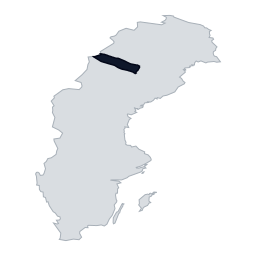 Sorsele, Västerbotten, Sweden shown in context
{"feature_id": "70781695B2170511041252", "entity_name": "Sorsele", "entity_type": "district", "adm_level": 2, "iso_a3": "SWE", "parent_name": "Sweden", "parent_adm1": "Västerbotten", "projection": "equal_earth", "projection_center": [16.78, 65.694], "detail": "fine", "context": "in_parent", "style": "filled", "palette": "ink", "viewbox_px": 256, "rotation_deg": 0, "n_neighbors": 0, "source": "geoboundaries", "source_scale": "gbopen_adm2", "svg_char_len": 4925}
<svg xmlns="http://www.w3.org/2000/svg" viewBox="0 0 256 256"><path d="M39.2,173.1L40.3,175.4L42.9,175.1L44.0,173.5L45.5,168.7L44.0,163.4L46.3,161.5L47.8,158.6L51.3,157.8L56.1,154.4L56.7,151.0L57.8,148.5L54.1,140.9L53.9,139.0L59.9,138.1L62.6,133.1L58.6,129.9L52.4,126.9L54.9,117.5L52.4,112.5L52.8,110.4L52.5,107.1L54.1,105.8L51.2,101.1L54.4,97.9L53.9,96.2L62.8,89.8L68.7,88.6L79.2,89.6L81.8,87.0L82.0,85.7L81.1,82.5L75.2,80.6L81.8,75.0L87.0,69.5L88.0,64.3L89.3,62.0L88.1,57.0L94.9,56.4L101.1,54.3L100.3,51.6L113.7,43.3L114.1,41.9L113.1,40.5L110.0,37.9L110.9,36.8L114.4,36.1L116.2,35.0L118.9,31.2L126.1,28.3L134.1,30.3L137.6,26.9L137.3,22.4L140.2,21.9L161.6,24.8L165.1,23.1L161.5,22.2L165.0,20.4L166.0,19.2L166.4,17.9L166.2,17.2L163.2,15.6L169.9,15.4L173.6,16.1L173.9,17.1L188.6,22.5L200.2,24.6L203.6,26.1L204.8,27.8L206.6,27.9L208.8,29.5L211.1,30.4L209.4,31.5L209.5,34.1L210.1,35.2L209.1,37.5L212.9,38.0L213.6,39.3L211.7,40.7L212.0,42.2L217.0,46.9L215.8,48.4L215.6,50.3L213.4,51.7L213.2,53.2L213.7,55.1L214.4,56.1L216.6,56.7L220.4,61.8L216.7,62.2L214.0,61.5L207.5,62.1L205.9,62.9L200.9,60.9L198.1,62.0L196.2,61.0L194.7,62.7L194.4,65.0L192.0,64.8L192.9,65.7L189.8,66.0L189.6,66.4L190.3,66.9L189.3,67.6L185.0,67.9L184.4,68.6L185.7,69.5L185.7,70.1L182.9,69.3L184.9,71.0L185.3,72.2L179.5,77.1L181.5,78.4L183.2,81.2L185.0,82.5L184.3,83.8L178.2,87.0L174.8,91.9L167.0,95.2L163.0,96.0L160.3,98.4L157.2,97.6L157.1,99.0L155.1,98.1L153.5,100.2L150.7,102.0L147.6,101.7L147.3,102.0L148.2,102.5L144.7,102.9L143.6,104.8L141.0,105.3L140.5,105.9L143.2,106.0L142.7,107.5L139.7,108.3L138.6,109.3L137.2,109.2L137.5,108.5L135.4,108.5L134.8,107.7L134.4,107.9L135.8,110.4L134.8,111.4L136.7,112.4L131.2,114.8L127.8,113.9L127.3,114.6L128.1,116.7L131.0,118.4L129.3,119.5L127.3,124.5L128.7,127.5L124.8,126.9L125.1,128.0L123.9,129.4L124.3,131.3L124.0,132.6L124.9,133.8L124.3,134.4L124.9,139.9L126.0,142.3L125.6,144.2L127.2,145.2L130.6,145.4L131.6,147.0L135.9,146.1L138.9,149.2L144.7,151.9L144.4,153.6L148.1,154.9L150.3,157.3L151.2,159.3L150.9,160.5L145.2,163.8L140.8,166.1L136.2,167.4L136.5,168.0L138.7,168.2L144.2,166.6L145.9,168.0L142.9,168.7L142.3,170.6L141.0,171.9L128.8,176.3L127.2,177.7L121.7,179.9L111.9,179.8L110.4,180.2L118.9,181.2L120.9,182.8L116.9,183.9L118.7,187.8L117.6,188.8L117.5,193.1L116.1,193.2L115.5,195.0L116.2,199.5L116.9,200.7L116.6,202.0L114.2,205.0L115.0,208.6L112.3,215.2L109.3,219.1L106.9,224.2L104.3,226.0L101.3,224.9L96.8,225.6L88.5,225.3L87.5,225.9L88.0,227.7L85.1,227.5L79.8,231.5L79.6,233.4L81.6,237.2L79.0,239.7L73.4,239.1L65.9,240.6L59.3,239.4L60.2,238.1L60.8,233.1L53.5,223.0L57.1,224.0L58.5,223.5L56.4,220.2L59.5,220.0L60.4,218.8L60.0,216.9L57.5,216.1L55.4,213.1L53.1,211.6L49.3,205.7L48.0,201.7L46.6,202.1L45.5,197.5L43.4,196.8L43.1,192.1L40.8,191.6L39.4,189.5L39.3,185.5L36.6,185.0L37.1,183.1L36.4,176.2L35.6,174.0L36.4,172.4L37.9,172.2L39.2,173.1ZM153.1,194.6L151.9,195.0L151.2,196.3L149.2,197.0L148.9,201.0L150.7,202.6L148.9,203.2L147.6,205.4L144.3,206.9L143.0,208.2L142.3,210.3L139.4,211.3L141.4,208.3L138.7,204.9L139.4,203.6L139.1,199.7L145.1,194.7L147.8,194.1L149.1,194.7L149.6,193.5L150.4,193.2L153.1,194.6ZM115.0,223.0L113.5,223.8L113.1,222.6L113.3,217.8L116.6,212.1L118.0,211.7L122.0,204.0L122.5,203.5L123.9,204.0L122.9,204.7L122.9,206.0L120.4,210.1L119.7,212.8L118.8,213.4L115.0,223.0ZM154.3,193.0L154.0,194.2L152.5,193.3L153.9,192.0L156.9,192.3L154.3,193.0ZM147.0,164.4L145.1,166.1L144.7,165.4L145.1,164.5L147.0,164.4ZM143.0,173.3L142.0,173.4L142.7,172.2L144.0,171.9L143.0,173.3Z" fill="#d9dde1" stroke="#a8b0b8" stroke-width="1"/><path d="M100.7,53.8L100.8,53.9L100.8,54.2L101.0,54.5L100.7,54.8L100.0,55.0L99.0,55.3L97.1,55.9L96.6,56.1L96.1,56.3L95.5,56.5L95.0,56.6L94.2,56.7L93.6,56.7L93.8,56.9L94.5,57.3L95.2,57.7L96.1,58.3L97.6,59.2L98.6,59.8L99.7,60.5L100.4,61.0L101.5,61.5L102.8,61.9L104.1,62.3L105.9,62.8L108.1,63.5L111.3,64.4L112.8,64.8L114.7,65.4L115.3,65.8L116.0,66.2L116.6,66.6L117.2,67.0L118.4,67.7L119.9,68.3L121.3,68.9L122.6,69.3L123.9,69.5L124.8,69.7L126.0,70.0L127.2,70.2L128.9,70.8L130.2,71.1L131.9,71.7L132.6,71.9L133.1,72.1L133.5,72.4L133.9,72.7L134.6,73.0L134.9,73.1L135.0,73.4L135.5,73.5L135.9,73.2L135.4,73.0L135.3,72.8L135.7,72.6L135.9,72.4L136.2,71.8L136.9,71.1L137.4,70.6L137.9,70.3L138.4,69.2L139.0,68.4L139.3,67.6L139.6,67.1L139.3,66.5L139.4,66.1L139.1,66.0L138.6,65.7L137.9,65.3L137.7,65.2L137.2,65.0L136.7,65.0L136.3,65.1L135.9,65.0L135.4,64.8L134.8,64.7L134.4,64.7L133.8,64.5L133.2,64.4L132.5,64.3L132.2,64.2L131.5,64.1L131.0,64.0L130.4,63.8L129.6,63.5L128.0,62.7L126.7,62.1L125.3,61.3L122.3,60.0L121.0,59.5L119.7,58.9L118.9,58.6L118.1,58.3L117.4,58.3L116.5,58.3L115.8,58.2L115.2,58.0L114.4,57.8L113.7,57.5L113.0,57.3L112.1,57.1L111.2,56.7L110.3,56.4L109.2,56.1L108.5,55.9L107.9,55.6L107.3,55.3L106.6,55.1L105.5,54.8L104.6,54.4L103.9,54.3L103.2,54.3L102.6,54.1L101.8,54.0L101.7,54.0L101.4,53.9L100.9,53.8L100.7,53.8Z" fill="#0f172a" stroke="#020617" stroke-width="1.5"/></svg>